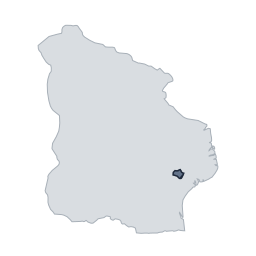 Uhunmwonde, Edo, Nigeria shown in context, rotated 266°
{"feature_id": "59680162B15998169506024", "entity_name": "Uhunmwonde", "entity_type": "district", "adm_level": 2, "iso_a3": "NGA", "parent_name": "Nigeria", "parent_adm1": "Edo", "projection": "mercator", "projection_center": [5.917, 6.501], "detail": "fine", "context": "in_parent", "style": "filled", "palette": "slate", "viewbox_px": 256, "rotation_deg": 266, "n_neighbors": 0, "source": "geoboundaries", "source_scale": "gbopen_adm2", "svg_char_len": 4991}
<svg xmlns="http://www.w3.org/2000/svg" viewBox="0 0 256 256"><g transform="rotate(266 128 128)"><path d="M216.6,44.1L224.8,55.6L226.5,64.1L227.1,68.3L228.5,68.8L231.0,69.0L232.9,69.9L234.0,71.3L234.7,72.6L234.8,73.4L234.3,78.5L233.7,80.3L234.0,82.8L233.9,83.9L233.6,84.6L232.5,85.5L230.9,86.3L227.2,88.7L226.2,89.1L224.6,89.1L223.3,89.7L221.7,91.1L218.2,95.9L215.3,100.8L213.1,108.7L210.5,111.1L210.1,113.3L209.7,118.2L209.3,119.7L208.9,120.2L206.1,121.1L204.5,122.2L203.5,124.4L202.3,132.0L201.8,133.2L200.9,134.6L199.5,136.0L198.2,136.7L195.0,137.3L192.0,142.9L192.0,143.9L190.6,149.1L188.3,153.0L188.1,155.4L185.2,158.9L183.7,161.2L185.2,163.6L185.3,164.0L180.3,168.1L180.0,168.7L179.8,171.5L179.4,172.3L178.5,173.3L177.1,174.5L175.7,175.4L174.2,176.0L172.7,176.2L171.8,175.9L171.4,175.0L170.5,171.5L170.1,170.8L169.1,170.1L165.2,166.3L162.9,164.9L162.4,165.0L162.0,165.4L161.3,167.3L160.7,168.0L159.4,168.3L157.3,168.3L155.7,168.0L155.4,167.7L154.6,166.1L149.8,169.6L148.1,170.4L146.0,174.5L142.9,176.6L140.8,178.3L135.2,183.9L134.1,185.6L133.0,188.0L130.6,198.5L126.7,205.1L126.2,206.5L126.0,206.4L125.5,207.0L124.0,206.6L123.3,205.4L122.4,205.2L120.8,203.4L120.4,203.7L122.1,208.2L121.5,210.0L116.8,210.1L112.7,210.6L109.9,210.6L108.5,210.0L107.9,208.3L107.6,208.4L107.5,209.3L106.6,210.1L103.4,210.2L102.1,209.0L100.9,207.7L99.7,207.2L99.9,207.7L101.3,209.0L101.1,210.8L98.6,212.9L97.0,213.0L96.0,212.1L95.5,210.6L95.2,208.4L94.6,207.0L94.2,207.0L94.6,209.4L94.7,211.6L95.9,213.3L94.0,213.9L91.8,213.9L91.5,213.3L91.2,211.8L90.8,211.5L90.4,213.9L85.8,214.6L85.2,214.5L85.0,214.0L85.4,213.3L85.3,212.3L84.3,213.1L84.1,214.8L83.6,215.0L81.8,214.8L79.9,213.9L76.9,211.8L73.1,208.4L72.5,206.9L71.4,205.0L69.4,199.7L69.8,199.5L70.7,199.8L71.1,199.3L69.5,198.9L69.2,198.6L69.1,197.4L69.2,196.0L71.5,195.3L72.1,194.4L72.4,193.5L69.5,194.8L66.7,193.4L66.1,192.5L66.4,191.8L69.6,191.7L70.7,191.1L70.1,190.8L68.8,190.9L68.4,190.4L68.4,189.4L68.0,189.6L67.5,190.5L65.7,191.2L64.6,190.5L64.5,189.0L64.2,188.3L63.3,187.7L60.1,183.6L56.0,180.2L52.4,177.8L46.9,176.7L35.5,176.7L34.9,176.4L35.6,175.9L36.6,175.5L40.2,173.6L39.6,173.3L35.8,174.5L34.5,174.6L32.8,176.9L21.5,177.4L21.6,176.4L22.1,173.4L22.8,171.3L22.0,168.7L21.8,166.4L22.3,165.7L22.4,164.9L22.3,159.0L22.9,158.1L22.9,157.5L21.8,155.0L21.8,153.0L21.6,151.2L21.2,150.3L21.6,143.1L21.5,141.3L21.8,140.0L22.0,136.9L22.0,133.9L22.8,129.1L27.6,128.4L28.8,126.5L29.4,124.1L29.2,121.8L30.8,119.7L32.7,117.8L32.6,115.8L33.1,115.2L34.0,114.7L35.3,114.5L36.8,113.5L37.6,111.7L38.3,108.9L37.1,106.9L37.1,106.5L37.6,105.4L38.4,104.4L39.0,104.0L40.4,104.3L40.8,103.9L41.7,100.8L41.6,99.9L40.3,97.8L39.6,92.2L39.2,91.4L38.2,90.4L35.5,86.4L35.6,84.5L36.7,82.1L37.4,80.9L38.5,80.2L38.7,79.7L38.4,79.0L37.9,78.5L37.7,77.4L38.3,75.9L38.1,74.2L38.4,65.6L40.6,64.0L43.7,61.1L45.4,58.2L46.2,56.0L47.3,48.6L49.0,47.8L52.2,45.1L56.6,43.5L59.4,43.0L64.4,43.4L66.9,43.1L69.0,41.6L70.0,41.2L71.4,41.0L83.8,44.8L84.9,44.6L85.8,44.9L87.4,45.9L91.0,49.5L94.9,55.0L96.0,56.2L97.2,56.9L98.5,57.1L99.4,57.0L100.3,56.5L101.5,55.4L103.3,55.0L104.8,55.0L112.5,50.8L113.2,50.8L118.0,51.7L124.4,55.9L129.7,58.7L133.4,59.6L137.8,60.3L145.2,60.5L150.8,54.5L152.8,53.2L155.3,52.1L160.6,51.0L169.2,50.2L177.3,50.5L182.3,51.5L187.6,53.5L189.9,55.4L193.5,55.7L196.1,55.3L197.0,53.4L199.5,51.0L203.4,48.8L206.6,47.2L209.2,46.5L211.5,44.7L213.4,44.1L216.6,44.1ZM103.7,212.5L102.0,213.1L100.9,212.9L102.4,210.6L103.2,211.1L104.2,211.3L103.7,212.5Z" fill="#d9dde1" stroke="#a8b0b8" stroke-width="1"/><path d="M78.1,169.7L78.0,170.0L77.8,170.2L77.8,170.6L77.7,170.7L77.7,170.9L77.6,171.0L77.5,171.3L77.5,171.5L77.4,171.6L77.3,171.8L77.2,172.1L77.1,172.3L77.0,172.5L76.9,172.8L76.8,173.1L76.7,173.4L76.6,173.5L76.3,173.9L76.3,174.0L76.1,174.2L75.9,174.3L75.7,174.4L75.5,174.5L75.4,174.6L74.9,175.1L74.7,175.2L74.5,175.4L74.4,175.6L74.2,175.8L74.1,176.0L74.0,176.3L74.1,176.5L74.0,176.8L74.1,177.0L74.1,177.4L74.6,177.3L74.8,177.4L75.1,177.3L75.2,177.6L75.2,177.9L75.2,178.0L74.9,178.2L74.9,178.3L75.4,178.5L76.1,179.0L76.3,179.0L76.2,178.7L76.2,178.4L76.3,178.5L76.5,178.6L76.7,178.8L76.8,178.9L76.9,179.0L77.0,179.0L77.2,179.3L77.3,179.4L77.3,179.5L77.3,179.8L78.4,180.1L78.7,180.4L79.0,180.4L78.9,179.9L79.0,179.7L79.4,179.5L79.5,179.4L79.6,179.2L79.8,179.0L79.8,178.9L79.9,178.5L80.0,178.4L80.3,178.3L80.5,178.2L80.9,177.9L81.2,178.0L81.4,177.9L81.6,177.9L81.8,177.8L81.9,177.7L82.0,177.6L82.3,177.3L82.5,177.2L82.7,177.3L82.8,177.3L82.9,177.2L82.8,176.9L82.8,176.7L82.7,176.4L82.6,176.1L82.5,175.9L82.4,175.8L82.4,175.7L82.2,175.4L82.2,175.2L82.0,174.9L81.9,174.9L81.9,174.5L81.8,174.4L81.8,174.2L81.8,173.9L81.8,173.7L81.9,173.4L82.0,173.2L82.0,172.9L82.0,172.7L82.1,172.4L82.1,172.2L82.2,171.9L81.9,171.6L81.7,171.4L81.6,171.2L81.4,171.0L81.3,170.9L81.2,170.8L81.1,170.7L80.9,170.5L80.8,170.3L80.7,170.2L80.4,170.1L80.1,170.0L79.9,169.9L79.7,169.9L79.4,169.9L79.1,169.9L78.9,169.8L78.7,169.8L78.4,169.8L78.1,169.7Z" fill="#64748b" stroke="#1e293b" stroke-width="1.5"/></g></svg>